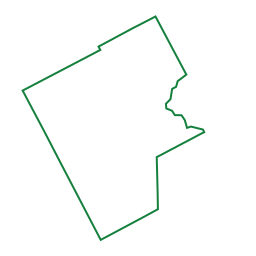 Laclede, Missouri, United States of America, rotated 61°
{"feature_id": "52423323B33468312624541", "entity_name": "Laclede", "entity_type": "district", "adm_level": 2, "iso_a3": "USA", "parent_name": "United States of America", "parent_adm1": "Missouri", "projection": "equal_earth", "projection_center": [-92.56, 37.684], "detail": "fine", "context": "isolated", "style": "outline", "palette": "green", "viewbox_px": 256, "rotation_deg": 61, "n_neighbors": 0, "source": "geoboundaries", "source_scale": "gbopen_adm2", "svg_char_len": 499}
<svg xmlns="http://www.w3.org/2000/svg" viewBox="0 0 256 256"><g transform="rotate(61 128 128)"><path d="M90.9,202.9L126.7,203.9L212.6,206.1L213.4,157.4L213.5,141.2L198.1,133.0L167.4,117.0L168.4,67.9L168.6,63.4L165.7,63.2L157.3,72.2L156.5,76.3L148.7,74.5L142.8,75.0L139.4,80.8L134.3,81.1L129.5,85.0L125.2,83.1L123.4,76.9L115.2,70.4L115.3,66.0L111.1,61.8L109.6,51.1L43.8,49.9L43.0,76.6L42.5,114.3L46.3,114.4L44.2,202.0L44.6,202.0L90.9,202.9Z" fill="none" stroke="#15803d" stroke-width="2"/></g></svg>